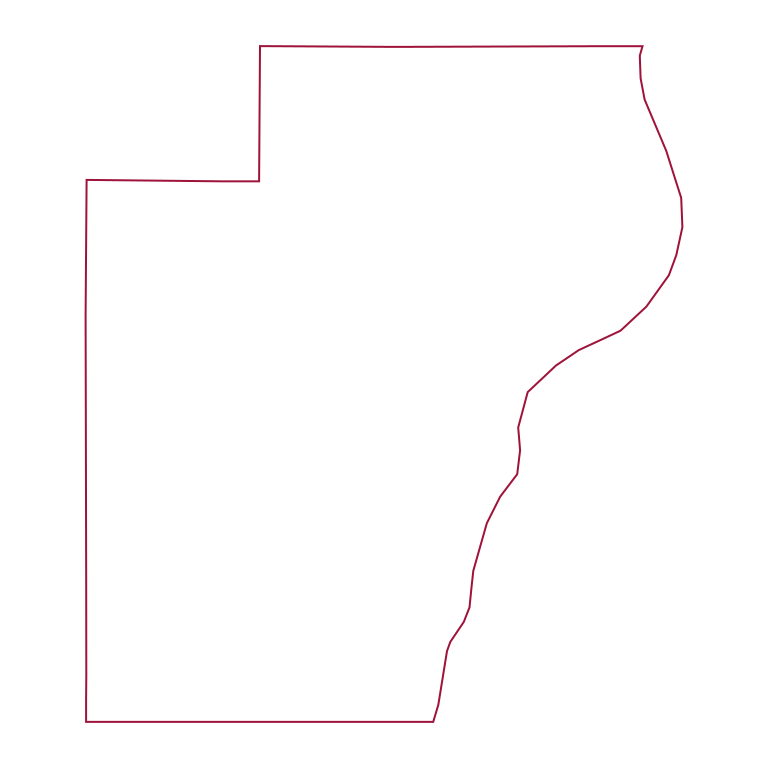 Manitowoc, Wisconsin, United States of America (Albers equal-area conic projection)
{"feature_id": "52423323B20769753681937", "entity_name": "Manitowoc", "entity_type": "district", "adm_level": 2, "iso_a3": "USA", "parent_name": "United States of America", "parent_adm1": "Wisconsin", "projection": "albers", "projection_center": [-87.714, 44.11], "detail": "fine", "context": "isolated", "style": "outline", "palette": "rose", "viewbox_px": 768, "rotation_deg": 0, "n_neighbors": 0, "source": "geoboundaries", "source_scale": "gbopen_adm2", "svg_char_len": 605}
<svg xmlns="http://www.w3.org/2000/svg" viewBox="0 0 768 768"><path d="M394.9,46.9L260.0,46.1L259.1,181.3L219.4,181.3L86.6,179.9L85.6,315.7L86.2,586.2L86.3,676.2L86.1,698.9L86.1,721.9L433.2,721.9L438.3,704.9L447.0,651.1L450.3,641.9L463.8,621.9L469.5,607.4L471.6,586.4L473.3,570.8L486.8,523.3L500.2,496.6L517.2,474.2L520.1,450.3L518.2,427.5L527.7,392.1L556.1,365.4L557.2,364.7L578.6,350.2L620.5,330.7L646.4,306.6L668.9,275.2L676.3,255.1L682.4,227.2L681.2,197.9L675.9,181.3L666.3,151.0L644.6,99.5L640.6,78.3L639.8,55.7L642.5,46.2L597.6,46.2L394.9,46.9Z" fill="none" stroke="#9f1239" stroke-width="2"/></svg>